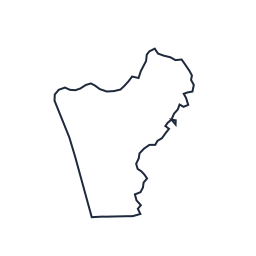 Maracajá, Santa Catarina, Brazil, rotated 140°
{"feature_id": "56859067B94572130749254", "entity_name": "Maracajá", "entity_type": "district", "adm_level": 2, "iso_a3": "BRA", "parent_name": "Brazil", "parent_adm1": "Santa Catarina", "projection": "albers", "projection_center": [-49.469, -28.863], "detail": "fine", "context": "isolated", "style": "outline", "palette": "slate", "viewbox_px": 256, "rotation_deg": 140, "n_neighbors": 0, "source": "geoboundaries", "source_scale": "gbopen_adm2", "svg_char_len": 1067}
<svg xmlns="http://www.w3.org/2000/svg" viewBox="0 0 256 256"><g transform="rotate(140 128 128)"><path d="M213.1,83.0L204.6,76.6L201.5,73.9L198.2,71.3L185.5,61.1L181.0,57.4L173.8,54.2L172.4,59.8L167.8,60.6L168.0,67.1L165.4,72.7L159.7,70.8L154.8,72.8L151.1,76.2L145.8,77.1L145.4,81.7L145.6,86.1L146.9,90.5L144.8,95.3L139.4,97.8L135.4,101.2L128.8,101.9L122.4,101.3L118.0,97.6L113.7,99.2L108.4,98.4L102.6,99.9L97.1,101.0L98.1,105.5L94.2,106.5L89.3,106.5L83.5,109.4L78.0,110.2L73.4,112.8L71.8,108.5L67.0,107.0L64.2,113.8L63.3,118.4L59.4,116.9L55.2,114.5L49.9,118.7L48.8,124.3L45.3,127.1L44.2,132.3L43.4,140.0L42.9,146.0L48.0,149.5L50.1,155.0L54.1,160.4L57.2,165.8L56.5,171.6L62.3,173.0L66.5,172.1L71.1,167.7L81.7,163.3L87.8,159.5L91.8,164.8L97.3,163.5L103.8,162.6L109.1,162.3L115.0,165.3L120.8,169.6L124.6,175.9L126.1,182.0L127.8,186.0L132.7,188.1L139.2,188.9L144.0,190.8L147.9,194.5L150.3,199.5L156.5,201.8L162.6,200.7L166.7,196.2L179.0,158.5L186.9,140.1L213.1,83.0ZM89.3,106.5L89.3,100.1L86.5,103.2L89.3,106.5Z" fill="none" stroke="#1e293b" stroke-width="2"/></g></svg>